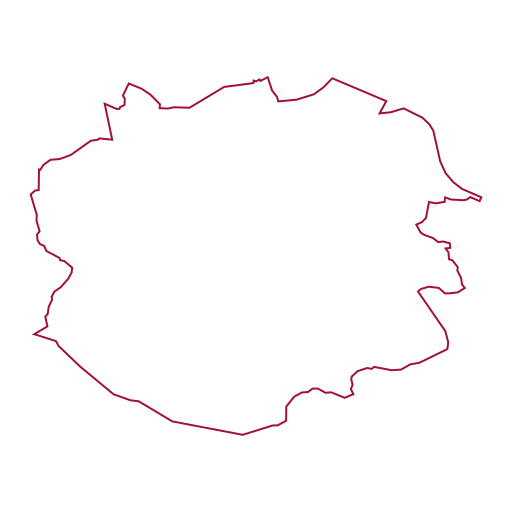 outline of Glencullen-Sandyford Lea-7, Dún Laoghaire–Rathdown, Ireland
{"feature_id": "5873133B89010299854845", "entity_name": "Glencullen-Sandyford Lea-7", "entity_type": "district", "adm_level": 2, "iso_a3": "IRL", "parent_name": "Ireland", "parent_adm1": "Dún Laoghaire–Rathdown", "projection": "robinson", "projection_center": [-6.233, 53.242], "detail": "fine", "context": "isolated", "style": "outline", "palette": "rose", "viewbox_px": 512, "rotation_deg": 0, "n_neighbors": 0, "source": "geoboundaries", "source_scale": "gbopen_adm2", "svg_char_len": 1881}
<svg xmlns="http://www.w3.org/2000/svg" viewBox="0 0 512 512"><path d="M128.8,83.5L122.9,95.6L124.8,98.8L124.5,105.0L120.2,107.0L119.5,108.9L116.4,108.9L104.7,103.7L112.2,139.7L99.4,138.4L97.9,139.7L90.7,140.8L70.9,154.9L59.9,159.0L50.5,159.8L43.4,164.9L40.3,169.8L39.0,169.5L38.7,190.0L35.0,190.6L30.7,194.4L36.8,214.9L36.5,220.5L39.6,231.4L37.0,234.5L37.6,240.3L39.9,244.0L44.2,246.0L46.4,251.0L59.6,258.0L60.2,260.3L64.1,260.9L72.2,267.7L71.6,272.6L68.3,278.6L60.8,287.2L54.6,291.4L51.6,296.9L52.2,299.6L48.8,306.5L47.7,313.9L45.3,316.6L47.4,326.4L34.2,334.2L56.0,341.1L58.6,346.0L80.5,366.9L113.6,394.3L130.6,400.3L138.7,401.3L172.3,421.4L242.6,434.8L272.5,425.5L277.5,425.4L286.1,420.8L286.3,406.5L294.2,396.7L301.7,392.5L307.9,392.0L312.6,388.6L318.0,388.6L325.5,392.8L331.2,392.3L344.7,397.8L353.4,394.2L350.9,389.2L352.6,384.7L351.2,379.2L351.7,376.6L357.5,371.2L367.2,368.0L371.6,368.9L374.2,366.9L391.6,370.2L401.0,369.6L410.4,364.3L419.3,362.8L445.7,349.9L447.4,349.0L448.2,342.2L445.3,331.1L418.0,291.5L421.0,289.0L428.8,286.7L438.7,287.9L445.0,293.4L449.8,293.3L457.6,292.4L464.8,288.0L461.9,284.2L461.2,278.3L457.3,270.4L457.8,267.3L452.4,260.3L449.0,259.2L448.5,252.3L445.6,248.5L450.3,247.8L449.8,243.3L443.1,241.5L438.2,242.1L432.9,238.0L424.3,234.9L420.6,232.5L416.3,224.6L421.9,222.2L426.0,217.9L429.0,202.0L435.8,203.4L444.6,201.8L445.1,197.4L451.0,199.5L463.1,200.2L466.5,199.7L470.3,197.1L479.6,201.2L481.3,197.3L462.0,188.9L453.2,182.1L445.6,173.2L440.2,161.4L433.3,130.6L429.4,124.4L422.6,117.8L403.7,108.4L390.5,112.3L379.6,113.4L386.3,101.1L332.3,78.3L323.4,87.4L313.9,94.3L296.4,99.7L278.3,101.4L277.0,96.9L272.1,90.6L267.7,77.2L260.4,80.9L259.4,79.5L256.2,81.3L253.6,80.6L253.7,82.7L251.4,83.4L224.2,86.9L189.6,107.7L173.7,107.3L167.9,108.5L159.7,108.2L159.9,104.2L150.5,94.7L141.6,88.7L128.8,83.5Z" fill="none" stroke="#9f1239" stroke-width="2"/></svg>